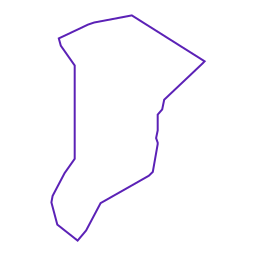 outline of Dowletli, Chardzhou, Turkmenistan
{"feature_id": "10190150B29958547271775", "entity_name": "Dowletli", "entity_type": "district", "adm_level": 2, "iso_a3": "TKM", "parent_name": "Turkmenistan", "parent_adm1": "Chardzhou", "projection": "robinson", "projection_center": [63.503, 39.056], "detail": "fine", "context": "isolated", "style": "outline", "palette": "violet", "viewbox_px": 256, "rotation_deg": 0, "n_neighbors": 0, "source": "geoboundaries", "source_scale": "gbopen_adm2", "svg_char_len": 450}
<svg xmlns="http://www.w3.org/2000/svg" viewBox="0 0 256 256"><path d="M131.8,15.4L94.2,22.5L88.0,24.6L58.8,38.4L60.8,45.7L74.7,65.5L74.7,124.4L74.7,150.1L74.7,154.1L74.7,158.8L64.6,173.1L52.6,195.9L51.4,202.4L57.3,224.6L77.6,240.6L86.1,230.5L100.6,203.1L148.9,175.7L152.8,171.9L157.7,144.1L157.7,142.7L156.1,138.1L157.7,130.4L157.7,114.6L162.2,109.4L164.2,99.7L202.8,63.2L204.6,61.3L131.8,15.4Z" fill="none" stroke="#5b21b6" stroke-width="2"/></svg>